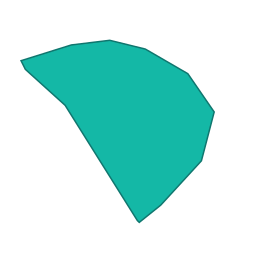 outline of Saint Lucy, rotated 76°
{"feature_id": "BRB-1995", "entity_name": "Saint Lucy", "entity_type": "Parish", "adm_level": 1, "iso_a3": "BRB", "parent_name": "Barbados", "parent_adm1": "", "projection": "orthographic", "projection_center": [-59.624, 13.309], "detail": "fine", "context": "isolated", "style": "filled", "palette": "teal", "viewbox_px": 256, "rotation_deg": 76, "n_neighbors": 0, "source": "natural_earth", "source_scale": "10m", "svg_char_len": 314}
<svg xmlns="http://www.w3.org/2000/svg" viewBox="0 0 256 256"><g transform="rotate(76 128 128)"><path d="M36.8,215.5L33.7,162.9L38.5,124.5L55.6,92.1L89.8,56.8L133.3,40.5L177.6,64.7L210.7,114.8L222.3,139.9L220.1,141.3L90.8,183.5L46.3,213.4L36.8,215.5Z" fill="#14b8a6" stroke="#0f766e" stroke-width="1.5"/></g></svg>